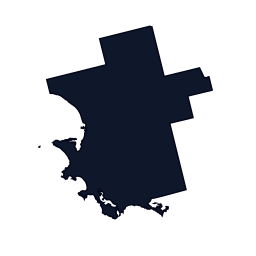 outline of Streaky Bay, South Australia, Australia, rotated 346°
{"feature_id": "25037944B67387382130548", "entity_name": "Streaky Bay", "entity_type": "district", "adm_level": 2, "iso_a3": "AUS", "parent_name": "Australia", "parent_adm1": "South Australia", "projection": "albers", "projection_center": [134.306, -32.738], "detail": "fine", "context": "isolated", "style": "filled", "palette": "ink", "viewbox_px": 256, "rotation_deg": 346, "n_neighbors": 0, "source": "geoboundaries", "source_scale": "gbopen_adm2", "svg_char_len": 5777}
<svg xmlns="http://www.w3.org/2000/svg" viewBox="0 0 256 256"><g transform="rotate(346 128 128)"><path d="M60.9,75.5L63.5,76.2L67.0,78.3L67.6,78.2L70.9,80.7L74.6,85.4L75.7,86.1L76.9,88.5L82.1,94.6L84.0,98.2L85.3,103.0L85.7,111.3L86.2,112.3L87.5,112.9L88.0,113.8L88.0,114.6L87.6,116.1L86.5,117.1L86.4,118.5L87.1,118.3L87.4,119.2L87.0,120.9L86.2,120.9L85.9,122.1L85.2,122.1L84.7,122.7L84.6,123.6L83.9,125.3L82.4,127.8L79.8,129.7L79.7,131.5L78.3,132.3L78.2,132.7L78.5,134.3L78.4,135.5L77.8,136.1L77.0,136.2L76.8,137.4L75.4,138.4L73.5,138.7L72.9,138.4L72.3,137.5L72.5,135.4L71.8,134.1L71.9,132.9L73.0,131.1L72.8,130.6L73.6,129.9L73.4,129.4L73.3,129.9L72.5,129.9L71.8,129.2L71.8,128.9L72.3,129.3L71.8,128.6L70.7,128.8L69.9,128.2L69.8,128.5L69.4,128.3L69.8,128.1L67.9,127.7L66.5,126.1L66.1,125.3L67.1,125.7L68.4,125.4L69.0,125.7L68.7,125.8L69.9,126.1L70.9,125.9L69.9,125.7L71.1,125.2L71.0,125.6L71.2,125.8L75.8,126.5L74.6,126.1L74.2,125.5L70.8,125.0L70.6,124.6L69.4,124.1L66.8,124.8L64.6,124.4L61.2,124.9L61.0,124.5L59.0,124.8L57.9,124.4L57.3,123.5L56.4,123.0L54.9,122.6L54.2,123.3L53.4,123.1L53.4,123.4L52.3,123.7L52.6,123.8L52.2,124.1L52.4,124.5L51.8,125.0L52.1,125.5L52.0,125.9L52.6,125.8L52.4,126.5L53.3,126.7L53.1,127.2L53.8,127.7L53.8,128.2L55.0,128.8L54.9,129.1L56.5,130.1L57.6,131.3L61.0,136.5L63.1,141.7L63.2,143.1L63.9,145.2L63.9,146.6L63.7,147.2L63.3,147.3L63.2,149.2L62.9,149.7L61.9,150.1L60.6,151.8L58.5,152.1L57.9,151.7L57.5,152.0L57.9,153.2L57.4,153.8L56.8,153.9L56.2,153.6L53.6,154.8L53.6,155.2L54.3,155.4L54.8,156.9L54.7,157.6L54.3,157.9L54.2,158.8L53.4,159.5L52.0,158.8L51.8,159.1L52.4,159.8L53.7,160.2L53.9,160.9L55.1,161.2L55.1,161.7L54.7,162.0L55.0,162.6L55.5,162.4L56.6,162.6L57.0,161.9L57.5,161.6L57.5,161.1L59.0,160.0L60.9,160.4L62.5,162.6L62.5,163.3L61.6,163.6L62.9,164.1L62.8,164.5L63.2,164.4L63.5,165.3L64.4,165.9L65.1,165.2L65.0,164.8L64.5,164.9L64.2,164.4L64.6,163.2L65.1,162.7L66.9,162.2L70.0,163.5L71.8,165.5L73.7,169.4L74.3,171.9L74.2,175.3L73.7,177.2L72.0,179.0L68.4,177.9L67.5,178.3L67.0,178.2L66.0,179.0L64.3,179.1L64.0,179.5L64.1,179.8L64.7,180.3L64.5,180.6L65.1,180.7L65.0,181.1L65.5,180.9L65.3,181.5L65.9,181.8L65.9,182.1L66.2,182.1L66.5,182.7L67.0,182.6L67.4,183.8L67.9,183.5L68.1,183.8L68.2,184.8L68.7,185.4L68.5,185.7L68.5,186.4L69.3,185.4L69.2,184.9L69.7,184.7L70.5,185.3L71.1,184.9L71.4,184.3L70.8,183.8L72.2,182.6L73.9,182.7L74.9,183.4L76.5,183.7L77.1,183.5L78.3,184.3L79.2,185.5L79.2,186.9L79.7,187.1L80.0,187.8L79.5,188.7L79.9,189.2L79.9,189.7L80.5,190.2L80.9,190.9L80.9,191.7L81.2,191.7L80.8,192.2L81.3,192.3L81.2,192.7L81.8,192.8L81.7,193.5L82.6,193.6L83.0,194.3L83.1,196.0L82.7,196.5L83.5,198.6L83.8,201.7L83.4,202.2L83.6,202.5L83.4,203.0L82.9,203.3L82.8,204.3L83.7,204.9L84.6,206.3L85.5,206.2L85.6,206.6L86.0,206.5L87.0,207.0L87.6,208.1L88.2,208.6L88.6,208.5L88.6,209.0L91.5,210.6L91.8,210.9L91.5,211.5L91.6,211.9L92.7,212.1L93.3,212.9L94.5,212.7L96.9,211.2L96.3,209.3L95.9,208.9L95.8,207.9L96.2,206.7L95.9,206.1L97.1,205.2L96.6,205.1L95.9,205.9L96.0,205.5L97.9,204.0L98.0,203.5L96.9,201.8L96.3,202.0L94.7,201.5L93.0,200.5L92.6,199.7L91.5,199.2L92.3,198.0L91.7,197.7L91.8,198.0L91.5,197.9L90.9,196.8L89.8,197.0L87.8,198.0L85.7,196.0L85.9,195.2L86.5,194.7L85.9,194.7L83.7,192.4L83.2,191.5L82.9,189.6L83.1,187.2L84.0,186.7L84.8,186.8L84.9,186.3L85.8,186.0L86.1,185.4L85.3,185.3L84.5,183.9L85.6,182.8L84.7,182.4L83.9,182.8L83.4,182.1L84.0,181.3L84.8,181.2L85.2,180.7L85.9,180.7L86.5,181.4L86.6,182.7L86.0,183.0L86.1,183.4L87.1,183.2L87.9,183.5L88.9,185.2L88.8,186.1L87.9,186.4L87.4,187.3L88.0,189.3L87.8,190.1L88.8,190.9L90.0,192.5L92.7,192.9L94.1,194.3L95.1,196.9L96.3,198.4L98.0,199.3L99.6,208.6L102.1,208.0L102.6,208.8L102.7,208.4L103.1,208.1L102.8,207.4L103.1,206.8L104.5,205.7L105.4,205.6L106.8,203.6L109.7,203.0L111.7,203.2L112.2,202.8L114.7,204.1L115.5,204.8L116.6,204.4L119.2,205.2L119.3,205.6L119.9,205.5L120.8,205.9L122.0,207.1L122.0,207.6L123.8,208.6L124.5,208.5L125.1,208.9L125.1,209.5L125.4,209.3L125.5,209.7L126.2,209.5L126.7,210.1L126.6,210.6L127.0,210.7L127.2,211.2L127.8,211.1L127.8,211.4L129.2,211.7L129.4,212.0L130.3,211.6L131.1,211.6L131.7,212.2L132.3,212.4L133.4,213.9L134.6,213.7L134.7,214.3L135.1,214.4L134.8,215.1L135.7,215.6L136.1,216.3L136.6,216.3L136.6,216.9L136.9,216.9L136.9,217.2L137.2,217.2L138.1,218.1L137.9,218.6L138.8,219.2L139.7,220.4L139.9,221.4L140.6,220.4L140.6,219.4L141.4,219.0L141.7,218.4L141.5,218.0L141.7,217.6L143.3,217.4L144.5,218.1L145.0,217.6L145.0,217.0L144.8,216.6L143.4,216.7L143.2,216.6L143.5,216.4L143.4,216.3L141.7,217.1L140.7,216.6L140.1,215.7L140.1,215.0L138.9,212.6L139.7,212.2L140.8,212.9L142.1,212.2L142.5,212.3L141.9,211.9L141.6,211.4L141.6,210.0L141.0,209.6L140.5,211.1L139.0,212.2L137.3,211.1L136.2,212.6L134.9,212.4L131.6,211.1L131.2,210.4L131.3,209.8L130.6,209.1L129.0,206.9L128.8,206.0L131.9,204.2L133.5,202.0L134.5,201.8L135.4,202.2L144.3,202.3L169.4,201.8L169.6,133.4L193.6,133.6L193.7,111.4L218.8,111.6L218.9,97.9L218.0,97.8L216.3,98.4L215.5,97.8L214.1,97.7L211.9,87.0L175.5,86.8L175.6,35.6L174.9,35.6L173.9,34.6L122.1,34.6L122.1,61.4L60.9,61.4L60.9,75.5ZM145.4,215.7L145.8,216.2L147.1,216.3L147.4,215.6L147.0,215.9L147.5,215.5L147.8,214.6L147.6,214.9L147.3,213.9L146.1,213.6L146.5,214.7L145.8,214.9L145.4,215.5L145.4,214.9L145.4,215.3L145.4,215.7ZM85.1,116.6L85.0,116.1L84.3,116.5L82.9,116.1L82.7,116.9L84.0,117.2L84.3,117.6L85.4,117.5L85.8,117.1L85.1,116.6ZM136.1,207.3L135.2,207.5L135.7,207.7L136.7,207.6L136.1,207.3ZM86.1,191.2L86.7,191.5L86.9,190.7L86.2,190.8L86.1,191.2ZM37.1,125.1L37.6,125.2L37.9,124.6L37.3,124.6L37.1,125.1ZM138.8,209.3L139.0,209.9L139.6,209.9L139.2,209.3L138.8,209.3ZM98.8,210.7L99.4,210.4L99.3,209.8L99.0,210.1L98.8,210.7ZM85.3,120.1L85.5,120.2L85.9,119.9L85.5,119.7L85.3,120.1Z" fill="#0f172a" stroke="#020617" stroke-width="1.5"/></g></svg>